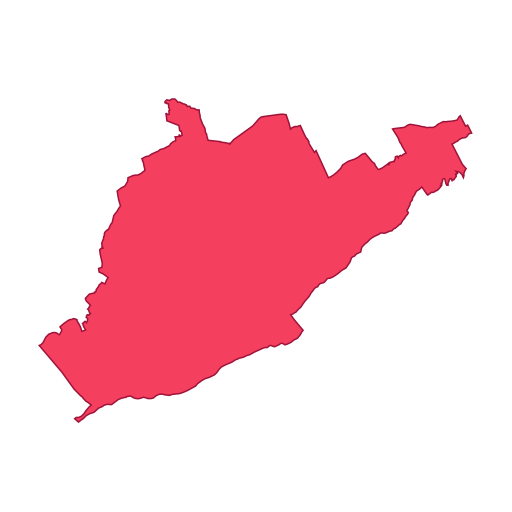 the district of Gusoeni, Vâlcea, Romania, rotated 88°
{"feature_id": "2599482B73912524468406", "entity_name": "Gusoeni", "entity_type": "district", "adm_level": 2, "iso_a3": "ROU", "parent_name": "Romania", "parent_adm1": "Vâlcea", "projection": "mercator", "projection_center": [24.113, 44.728], "detail": "fine", "context": "isolated", "style": "filled", "palette": "rose", "viewbox_px": 512, "rotation_deg": 88, "n_neighbors": 0, "source": "geoboundaries", "source_scale": "gbopen_adm2", "svg_char_len": 6068}
<svg xmlns="http://www.w3.org/2000/svg" viewBox="0 0 512 512"><g transform="rotate(88 256 256)"><path d="M337.8,475.8L365.4,454.0L382.6,442.5L389.7,436.0L390.6,434.7L392.5,433.4L395.1,431.1L396.7,428.7L399.3,425.8L400.8,427.8L404.7,431.4L407.4,433.3L410.0,436.1L411.1,438.6L411.1,441.4L412.3,442.9L415.8,439.2L413.0,435.4L413.0,434.9L409.4,431.0L407.4,426.7L406.8,424.0L406.2,422.9L402.6,418.7L401.1,414.8L399.9,413.2L399.1,410.2L399.1,408.6L399.5,406.3L399.4,405.4L394.6,398.6L393.3,394.9L392.6,390.7L391.8,389.3L391.6,385.8L392.7,384.6L394.0,382.0L394.3,380.5L394.5,378.9L394.3,377.0L393.2,373.2L394.7,369.0L394.8,365.9L394.4,363.7L392.0,360.5L390.8,357.5L390.8,354.3L391.5,352.2L392.3,347.3L391.4,344.7L390.8,337.0L389.9,334.0L388.2,329.5L383.8,320.8L381.8,319.2L378.5,314.4L376.8,311.2L375.7,307.1L373.4,301.8L371.3,299.4L367.9,296.8L365.5,294.2L363.5,289.8L361.3,283.9L358.8,279.8L358.7,278.8L357.6,276.4L356.7,272.0L355.3,269.1L354.4,265.6L352.1,261.3L348.3,252.1L347.8,250.0L347.9,248.1L346.0,245.3L345.9,244.2L347.0,241.9L347.3,240.5L345.5,236.2L344.5,234.7L344.2,233.9L344.3,232.4L345.8,230.1L345.1,227.7L343.6,224.2L341.2,221.0L340.1,218.3L339.4,217.2L336.1,214.4L333.1,212.6L331.9,211.5L321.0,220.0L315.9,223.4L315.1,220.9L313.9,219.2L313.7,218.3L310.6,215.4L309.0,213.3L303.1,208.9L298.2,204.3L294.9,202.3L292.6,200.2L290.8,199.0L289.4,197.2L288.9,195.4L286.9,194.2L285.7,192.5L285.0,189.3L284.6,188.6L281.2,185.6L280.8,184.5L280.8,182.8L279.2,179.1L276.5,174.8L273.3,170.7L271.1,166.5L265.2,162.2L261.1,160.6L260.4,159.7L259.6,157.7L257.4,155.4L255.6,151.2L252.0,150.3L250.4,149.5L247.4,146.3L245.9,144.1L243.3,141.5L241.9,139.5L240.3,136.5L238.4,132.0L237.3,130.7L237.6,128.2L237.6,126.0L235.7,121.0L235.6,119.4L233.7,117.5L233.1,115.8L229.4,111.4L229.0,110.2L225.7,108.2L223.7,106.3L222.1,105.4L219.9,103.4L218.3,102.3L217.2,102.6L216.3,103.5L215.5,103.6L214.5,102.7L210.0,100.3L207.9,100.0L205.6,97.9L203.2,97.4L200.6,95.5L196.8,93.4L194.8,90.0L192.8,87.9L200.9,82.6L201.1,82.1L200.4,81.5L199.8,80.1L198.5,78.6L198.6,77.0L198.3,75.8L197.1,74.0L197.2,73.7L196.6,72.2L195.9,71.8L195.4,70.9L193.2,69.0L192.3,69.1L192.3,68.3L191.7,67.9L190.5,68.5L190.4,67.7L188.7,67.5L187.7,66.9L186.3,67.0L185.3,65.9L185.3,65.2L185.7,64.6L189.9,63.8L191.9,62.9L192.0,62.3L191.8,61.4L190.7,61.8L185.7,59.6L185.4,58.3L187.5,57.4L186.6,56.9L186.9,56.4L186.6,55.4L185.3,54.7L183.6,53.2L183.1,53.0L181.3,53.7L181.1,53.5L181.4,53.1L180.5,51.7L178.3,53.1L179.4,49.7L180.1,48.8L182.0,47.2L184.9,46.0L182.8,45.3L182.2,45.5L180.1,45.2L177.2,43.8L176.1,42.9L171.7,46.5L151.0,56.2L150.3,54.5L149.0,52.5L148.3,50.6L146.8,49.0L145.4,46.1L144.9,42.5L144.0,41.1L141.7,39.4L141.2,38.5L140.7,36.2L132.6,39.9L133.6,42.0L123.0,47.0L124.2,48.4L126.6,49.8L127.3,50.8L128.1,55.8L128.2,59.9L128.5,61.2L128.2,64.1L130.7,69.6L132.9,72.3L133.7,74.6L133.5,78.4L133.7,81.0L133.1,82.1L132.6,85.2L131.5,88.9L129.8,97.1L130.2,99.2L132.6,103.2L133.5,113.5L133.8,115.1L142.5,110.0L147.5,108.2L149.8,106.7L151.3,106.2L158.3,102.4L159.7,105.5L161.1,107.1L160.5,108.0L161.0,109.2L161.8,110.2L162.7,110.3L161.1,111.5L161.6,112.8L162.0,113.4L164.0,113.4L165.3,114.5L166.3,114.4L166.5,114.8L166.4,115.7L167.0,118.7L168.0,119.2L168.0,119.6L167.6,119.8L168.0,120.4L169.1,119.8L169.4,119.9L169.3,120.7L168.7,121.2L172.2,126.4L173.6,129.6L173.8,130.8L170.4,133.2L167.5,134.5L166.1,136.4L157.2,143.2L157.9,146.3L161.0,150.7L162.7,154.3L164.5,160.3L168.0,166.2L171.4,168.3L175.0,172.1L177.9,175.9L179.6,179.0L180.3,180.9L152.8,192.3L154.5,194.0L146.0,198.8L144.7,199.3L143.7,199.1L140.6,200.8L140.6,201.3L136.7,203.2L127.1,207.2L127.5,208.2L127.5,208.9L128.0,209.4L127.9,212.5L128.5,213.1L128.3,213.7L129.2,215.8L130.4,217.1L124.6,218.3L115.8,221.0L115.2,224.5L115.2,226.7L117.0,244.6L117.4,246.2L119.0,248.3L125.9,254.7L138.9,274.2L143.2,278.3L142.5,278.6L142.3,279.1L142.7,280.0L142.1,281.0L141.6,283.1L141.0,287.1L140.5,287.3L138.7,299.8L134.2,301.0L132.4,301.1L130.9,302.1L126.6,302.6L122.2,304.8L115.7,307.0L113.4,307.0L110.2,307.7L108.1,307.6L107.7,310.7L106.4,312.3L106.0,315.7L104.0,317.0L104.2,318.0L104.0,318.5L104.3,319.3L102.5,320.3L102.4,321.2L101.6,322.0L101.6,322.9L99.5,326.9L99.6,329.0L98.2,329.7L96.5,331.3L96.2,331.9L96.2,334.6L96.7,335.7L97.5,336.5L96.8,339.8L98.6,341.6L99.7,341.6L100.0,341.3L99.8,340.0L100.7,339.6L100.8,338.4L101.0,338.1L104.3,338.1L106.6,337.2L107.4,337.2L107.5,337.9L107.8,338.0L111.4,337.9L111.5,339.4L110.5,340.4L110.6,341.0L117.8,340.3L122.9,328.5L128.0,327.9L128.7,327.0L128.6,326.3L132.8,325.6L133.8,327.7L132.6,327.9L132.4,328.2L132.5,328.7L133.9,328.7L134.1,332.7L136.1,332.2L137.8,332.2L139.2,335.3L141.0,337.6L142.6,338.5L145.6,344.9L146.2,348.0L148.2,350.6L148.4,351.7L150.4,356.6L152.3,359.6L152.8,362.6L154.8,366.7L155.6,366.2L157.1,366.1L157.3,365.6L166.5,364.0L169.4,367.9L170.3,369.7L171.1,371.8L170.9,373.6L171.3,376.1L173.3,381.2L176.1,381.5L177.7,382.1L181.6,384.7L183.2,388.3L186.3,392.5L194.9,391.3L201.2,389.7L204.0,391.8L207.0,393.6L209.1,395.6L210.9,396.8L217.6,398.6L219.3,400.1L224.5,402.6L224.4,403.4L227.0,406.2L228.9,406.9L230.2,406.8L231.3,407.5L233.6,407.9L238.0,409.8L239.3,409.5L240.7,409.7L241.6,409.0L242.9,408.7L243.0,409.5L242.6,410.1L244.3,412.0L248.7,411.6L257.9,409.9L261.9,410.4L263.0,413.7L266.5,413.4L268.6,409.3L272.3,404.6L275.2,406.4L278.6,407.9L277.0,411.1L278.1,411.9L279.2,413.6L281.2,414.6L284.1,416.9L285.7,417.0L286.5,418.7L287.3,418.6L287.9,422.5L288.3,423.9L292.4,428.0L293.6,427.8L295.4,426.9L299.5,423.1L300.5,424.2L302.3,425.1L303.2,426.1L304.0,425.3L307.3,424.2L307.7,423.5L309.2,425.1L309.3,425.5L308.8,426.0L308.9,426.6L309.7,427.4L311.5,427.8L312.5,426.4L315.1,426.8L316.7,427.8L315.3,429.1L317.3,431.6L317.6,431.2L318.8,431.3L321.4,430.3L324.0,428.8L325.3,432.7L321.4,433.7L318.5,434.9L315.4,436.7L314.1,437.2L313.5,437.1L312.6,438.8L312.2,440.5L312.9,442.4L313.1,444.3L313.8,445.9L316.8,450.5L320.0,454.4L322.5,452.9L323.9,452.8L327.7,455.1L327.8,455.6L325.9,458.0L325.4,459.8L325.5,461.8L326.8,465.7L329.8,468.9L335.3,472.0L337.2,474.0L337.8,475.8Z" fill="#f43f5e" stroke="#9f1239" stroke-width="1.5"/></g></svg>